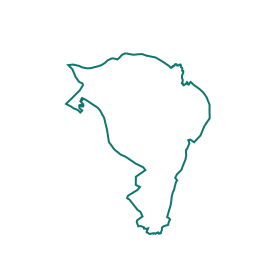 Sakaba, Kebbi, Nigeria, rotated 210°
{"feature_id": "59680162B48034518845808", "entity_name": "Sakaba", "entity_type": "district", "adm_level": 2, "iso_a3": "NGA", "parent_name": "Nigeria", "parent_adm1": "Kebbi", "projection": "robinson", "projection_center": [5.532, 11.176], "detail": "fine", "context": "isolated", "style": "outline", "palette": "teal", "viewbox_px": 256, "rotation_deg": 210, "n_neighbors": 0, "source": "geoboundaries", "source_scale": "gbopen_adm2", "svg_char_len": 3441}
<svg xmlns="http://www.w3.org/2000/svg" viewBox="0 0 256 256"><g transform="rotate(210 128 128)"><path d="M44.8,64.1L45.8,67.2L45.8,69.8L47.6,70.4L49.5,70.3L51.4,77.9L52.3,81.8L53.9,86.2L55.8,90.3L57.0,94.7L57.2,96.2L57.1,97.3L57.4,98.0L57.7,99.3L58.3,100.6L58.6,102.3L59.2,104.3L59.4,105.9L59.4,106.5L59.2,107.1L62.2,108.5L62.3,109.3L62.3,110.3L62.4,111.4L62.4,112.3L62.2,113.2L61.7,115.1L61.5,115.8L60.8,118.7L61.5,122.2L62.0,125.9L62.4,129.0L63.7,133.1L65.5,135.8L66.8,138.3L66.4,139.4L67.2,145.6L69.7,147.6L68.2,149.1L63.6,148.7L61.5,157.8L62.8,167.7L62.4,173.6L62.1,177.2L64.5,181.2L65.8,183.3L69.0,188.9L75.1,193.8L79.8,196.1L80.3,196.3L85.0,197.4L89.5,197.9L92.7,198.2L94.3,198.6L95.3,198.8L96.8,199.2L97.1,198.1L97.0,197.0L97.0,196.3L97.0,196.2L97.2,195.9L97.7,195.7L98.3,195.8L98.6,196.3L99.2,196.8L99.4,197.2L99.7,197.2L99.9,197.2L99.9,196.7L99.9,196.1L99.9,195.7L99.9,195.3L99.9,195.2L100.2,194.6L100.5,194.2L100.8,193.5L100.9,193.3L101.0,192.9L101.4,192.7L102.0,193.0L102.6,193.3L102.6,193.7L102.8,194.0L103.3,193.9L103.7,193.8L103.9,194.3L104.0,195.6L104.3,196.4L104.8,197.2L106.4,198.4L107.4,200.5L107.8,203.1L107.9,203.5L107.9,203.8L108.2,204.4L108.5,204.6L108.7,205.0L109.0,205.0L109.3,204.9L109.5,204.6L109.8,204.7L110.0,205.3L110.3,205.8L110.6,206.5L111.0,206.9L111.4,207.1L112.0,207.2L112.5,207.2L112.9,207.7L113.2,208.3L113.5,208.7L114.0,208.7L114.2,209.1L114.5,209.1L115.2,208.5L115.2,208.4L115.4,207.9L115.4,207.7L115.4,207.4L115.8,207.2L116.1,207.0L116.7,206.7L117.1,207.0L117.5,207.3L117.8,207.5L118.2,207.4L118.6,207.2L118.8,207.1L119.0,206.9L118.9,206.4L119.0,206.1L118.8,205.9L118.8,205.6L119.1,205.3L119.3,204.8L119.4,204.4L119.7,204.4L119.8,204.6L120.0,204.4L120.1,203.8L120.0,203.4L120.0,203.2L120.1,202.8L120.4,202.7L120.5,202.7L120.6,202.3L120.6,202.1L120.6,201.8L121.1,201.5L123.1,202.2L130.8,202.8L139.2,202.9L148.1,200.0L148.1,199.9L152.7,199.1L156.2,196.8L160.0,194.1L162.4,193.2L165.5,192.2L168.0,191.0L169.6,188.5L169.8,188.3L170.6,184.4L171.3,182.5L171.5,182.1L175.6,180.9L176.7,180.2L179.4,176.5L180.5,172.9L182.4,169.2L184.9,166.4L190.2,161.2L192.9,159.4L198.2,157.5L201.2,157.4L205.3,156.1L207.3,155.5L208.9,154.3L211.2,152.6L205.6,151.1L198.9,146.0L193.4,143.5L189.6,143.8L188.4,142.6L188.6,136.4L191.9,124.1L193.7,117.9L187.8,118.1L184.8,117.8L184.1,117.9L182.3,118.3L180.8,118.3L179.7,118.3L177.0,117.6L176.4,120.3L179.9,120.9L180.4,121.8L181.5,122.9L181.6,123.3L180.3,124.6L179.5,124.7L179.3,123.5L178.8,123.5L177.8,124.0L177.7,124.9L178.6,126.2L182.6,127.3L182.5,128.7L181.7,128.7L181.5,129.8L182.9,129.8L182.8,131.0L178.8,131.3L164.3,130.4L164.2,130.4L161.1,129.3L156.5,126.5L153.9,125.0L145.5,116.2L137.5,106.3L128.9,102.5L120.9,101.3L115.9,101.9L105.6,101.2L104.0,101.0L95.2,101.6L91.9,100.2L96.8,89.7L92.8,82.6L88.2,82.9L88.9,78.8L89.9,77.2L94.1,69.4L93.7,66.8L90.9,66.7L78.6,61.8L75.3,61.6L74.5,61.1L71.2,58.6L73.9,52.7L73.5,51.0L69.9,48.0L69.3,48.6L67.6,49.5L64.6,50.0L63.9,48.9L61.5,50.0L60.5,51.1L59.9,47.1L59.6,46.9L59.2,47.1L58.6,47.2L58.1,47.2L57.5,47.1L56.9,47.0L56.4,47.0L55.7,47.4L55.2,48.0L54.9,48.3L54.5,48.7L54.1,49.0L53.6,49.0L53.6,49.3L53.1,49.7L52.9,49.8L52.7,49.7L52.2,50.2L51.8,50.2L51.4,50.1L50.9,51.0L50.6,51.7L50.4,52.0L50.2,52.0L49.8,52.4L49.6,51.9L49.1,51.9L48.7,51.9L48.3,51.9L47.9,52.5L47.9,52.8L47.5,52.9L47.3,52.9L47.0,53.3L47.3,54.1L47.7,56.8L48.2,57.6L48.7,58.6L48.5,59.6L47.8,61.0L46.6,62.3L44.8,64.1Z" fill="none" stroke="#0f766e" stroke-width="2"/></g></svg>